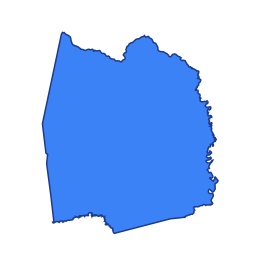 outline of Nhamatanda, Sofala, Mozambique, rotated 353°
{"feature_id": "85939544B48412147332355", "entity_name": "Nhamatanda", "entity_type": "district", "adm_level": 2, "iso_a3": "MOZ", "parent_name": "Mozambique", "parent_adm1": "Sofala", "projection": "mercator", "projection_center": [34.409, -19.305], "detail": "fine", "context": "isolated", "style": "filled", "palette": "blue", "viewbox_px": 256, "rotation_deg": 353, "n_neighbors": 0, "source": "geoboundaries", "source_scale": "gbopen_adm2", "svg_char_len": 5876}
<svg xmlns="http://www.w3.org/2000/svg" viewBox="0 0 256 256"><g transform="rotate(353 128 128)"><path d="M202.8,213.0L201.8,210.7L201.7,209.6L203.9,206.6L204.4,205.5L204.4,204.2L204.1,203.5L203.5,203.1L201.7,203.2L200.8,202.8L200.0,201.6L200.1,200.0L200.7,199.1L201.4,198.8L202.1,199.3L203.8,201.5L204.6,201.8L205.3,201.5L207.1,199.2L207.5,194.1L209.6,193.0L211.0,191.4L208.7,187.3L208.4,187.3L208.0,187.7L207.9,189.4L207.0,190.0L206.0,191.2L203.3,188.2L203.0,187.6L203.4,187.2L204.9,187.9L205.8,187.6L206.3,186.8L206.3,186.1L204.9,182.2L204.6,182.1L203.4,182.5L202.9,182.3L202.5,180.7L201.5,179.2L201.9,178.7L203.9,177.9L203.3,176.5L203.5,176.0L205.4,173.3L207.2,171.8L208.3,170.3L207.6,170.3L206.1,172.0L204.4,172.8L202.9,172.4L201.7,171.4L201.3,170.4L201.4,170.1L202.2,169.7L205.3,169.4L206.8,168.4L206.9,167.7L206.5,167.0L204.4,167.6L203.5,167.3L202.3,166.2L203.3,164.3L204.7,164.7L205.5,164.7L206.6,164.0L206.8,163.5L207.8,163.1L207.7,162.1L206.9,161.0L206.5,160.8L205.9,161.0L205.9,161.8L205.4,162.4L204.4,162.7L203.8,162.2L203.6,161.2L204.6,159.7L204.7,158.4L205.3,158.0L205.5,157.2L206.0,156.6L207.1,156.8L207.4,156.7L207.6,154.9L208.4,154.1L208.8,154.0L209.4,154.5L209.5,156.1L210.1,156.4L210.5,156.2L210.8,155.4L210.3,153.2L211.4,152.2L212.9,151.9L212.5,150.7L213.7,150.8L214.2,150.0L213.7,149.3L212.6,149.3L212.6,148.8L213.2,148.1L211.7,147.7L211.7,147.4L212.3,147.0L212.4,145.5L212.1,145.1L211.2,145.4L211.1,145.2L211.8,143.7L211.1,142.6L210.7,141.1L210.1,140.0L211.1,139.1L210.8,138.2L210.9,137.2L209.8,136.4L211.1,136.3L211.4,135.9L210.0,134.7L210.7,134.7L211.6,134.3L211.9,133.3L211.6,132.9L211.1,132.9L209.9,133.6L208.9,133.1L208.8,132.6L209.8,131.2L209.1,129.6L209.3,128.6L210.3,128.7L210.5,127.8L211.4,127.3L212.3,127.7L212.5,126.8L212.1,126.1L211.0,125.5L209.3,125.9L208.9,125.7L208.8,124.8L209.2,123.7L209.0,123.2L208.8,123.1L208.8,122.6L209.6,122.7L209.8,122.3L209.1,122.1L208.9,121.8L208.9,120.0L209.5,119.7L209.9,119.0L210.6,119.9L211.1,120.0L212.2,119.4L212.7,118.1L212.7,117.4L212.0,116.9L210.0,117.2L208.7,117.0L208.1,116.7L207.3,115.7L207.3,115.2L208.1,114.5L208.4,113.8L209.6,113.5L210.5,112.7L210.2,110.9L209.2,110.8L208.7,111.4L207.4,110.9L204.3,111.1L203.1,110.2L202.9,108.7L203.9,107.4L203.8,107.1L203.1,107.3L202.6,106.6L203.5,104.9L203.4,103.3L202.2,102.6L201.7,101.5L202.1,100.2L202.1,99.3L201.2,99.0L201.0,98.6L199.5,98.8L199.5,98.6L199.8,97.9L200.5,97.5L201.0,96.5L201.6,96.2L201.7,95.1L203.3,94.2L203.5,92.2L205.0,91.3L206.1,89.3L206.0,88.7L204.6,88.0L204.6,86.7L203.9,87.4L203.2,87.2L204.4,85.4L203.6,84.0L204.2,83.3L204.2,82.4L204.9,81.9L204.7,81.4L205.2,80.8L204.8,80.1L204.4,79.8L203.1,79.9L202.7,79.0L201.1,77.7L200.0,77.1L199.2,77.1L199.2,76.6L198.8,75.9L198.2,76.3L197.5,74.9L196.4,75.0L195.8,74.5L195.6,73.3L194.4,72.1L194.1,70.8L193.3,69.6L193.0,68.2L191.2,67.5L190.6,67.4L190.0,67.8L189.5,67.4L188.5,66.6L188.4,66.1L188.5,65.5L189.3,64.9L187.8,63.5L186.5,63.0L184.8,61.0L183.4,60.2L181.1,60.5L179.2,62.5L178.5,62.5L177.4,61.8L176.9,60.5L176.0,59.3L172.3,56.6L169.8,56.2L167.8,55.2L167.2,53.9L167.4,51.7L166.1,47.9L165.3,47.0L163.5,46.1L162.7,43.1L161.8,42.1L160.1,41.1L159.8,40.0L159.2,39.5L156.7,40.1L155.5,38.2L154.9,38.9L152.5,39.3L149.9,40.7L148.4,40.7L146.7,41.0L142.9,43.8L141.6,43.7L139.4,44.7L138.8,46.0L136.9,47.1L136.5,47.7L136.2,48.7L135.5,49.8L135.8,51.6L135.4,52.7L133.6,53.2L132.2,54.9L133.7,57.5L133.8,58.2L133.6,58.9L133.1,59.3L131.1,60.0L130.4,60.5L129.9,61.4L129.1,61.6L127.3,60.3L123.8,59.9L122.6,58.0L119.9,57.4L119.3,56.7L118.6,56.4L118.4,55.2L117.6,54.3L115.7,54.2L114.9,53.6L114.5,52.3L113.6,51.3L113.0,51.0L111.4,50.8L110.3,49.7L109.9,48.3L109.1,47.6L106.4,47.7L104.5,46.8L103.9,47.5L103.4,47.6L103.1,47.3L102.8,45.9L102.3,45.5L100.1,45.8L99.0,45.1L97.6,45.1L95.7,45.7L94.8,45.8L93.2,44.8L90.6,43.9L90.3,43.2L89.4,42.6L88.8,41.7L86.8,40.5L85.1,39.8L83.2,38.4L82.8,37.5L82.1,34.1L82.1,31.7L81.5,30.1L79.3,28.3L77.7,27.4L76.3,25.5L75.8,25.7L74.6,25.1L73.3,26.9L43.6,113.3L43.5,143.0L45.0,144.4L42.9,153.5L43.2,185.0L43.0,212.3L41.8,212.2L42.0,213.0L42.6,213.2L44.8,212.3L46.0,212.1L46.8,212.5L47.8,212.5L48.0,213.2L48.5,213.3L48.6,212.5L49.1,212.2L50.9,212.2L51.5,212.3L51.5,213.2L52.3,213.5L52.6,213.5L53.4,212.5L54.3,212.5L55.1,213.0L57.1,212.1L58.2,212.4L60.9,212.4L62.1,212.2L62.3,211.3L63.1,211.1L63.7,210.3L65.1,210.1L65.1,209.5L65.8,210.1L66.8,210.3L68.2,211.2L68.5,211.0L68.0,210.2L68.9,209.3L69.9,209.3L69.5,210.0L69.7,210.3L70.0,209.9L70.4,210.1L70.6,209.4L71.1,209.3L71.7,209.7L73.5,209.3L74.1,210.6L74.4,210.5L74.6,209.7L75.1,209.4L75.6,209.4L76.2,209.9L78.0,210.1L78.1,209.8L77.5,209.3L77.9,209.2L78.2,208.3L79.2,207.4L80.0,207.3L80.1,207.6L80.9,207.7L81.3,208.6L81.7,208.3L81.7,209.1L82.2,209.4L81.0,210.1L81.2,210.8L81.3,210.4L81.6,210.3L81.6,210.7L82.1,210.7L82.0,211.1L82.4,210.8L82.7,210.9L83.4,210.8L83.4,211.1L83.9,211.1L84.4,210.7L84.4,210.2L85.3,210.2L85.7,210.4L85.1,210.7L85.1,211.0L85.9,210.7L86.0,211.1L87.2,211.2L87.4,211.8L88.4,212.1L88.9,211.9L89.1,211.3L89.9,211.8L90.4,211.3L91.1,211.0L91.8,211.7L91.4,212.6L92.2,212.3L93.3,213.7L94.1,213.1L93.9,214.3L93.4,215.2L94.1,215.9L93.6,216.4L93.8,217.5L93.3,217.8L94.8,218.9L94.5,220.3L93.8,220.7L93.8,221.0L94.0,221.3L95.5,221.5L95.7,221.3L95.5,220.7L96.1,220.5L96.1,221.2L96.9,221.5L97.4,223.0L98.0,222.9L98.4,223.4L98.5,224.0L98.3,224.5L98.5,224.8L100.7,225.9L100.8,226.2L100.3,227.4L100.6,227.7L100.6,229.1L101.1,230.4L101.6,230.9L158.7,223.3L173.1,223.5L173.3,223.2L173.7,223.5L174.6,222.5L175.8,222.4L178.1,221.5L178.4,221.8L180.9,221.2L181.5,221.4L182.7,220.6L183.1,219.9L183.1,218.8L184.3,217.7L183.4,215.6L183.5,214.9L184.2,214.2L185.1,214.6L186.0,214.2L187.0,214.7L188.7,214.7L190.2,213.9L192.5,214.0L193.4,213.3L194.1,213.2L195.2,213.7L195.9,214.4L197.1,213.9L199.0,214.3L199.9,214.0L200.5,214.5L201.1,214.4L201.4,213.8L202.2,213.9L202.4,213.1L202.8,213.0Z" fill="#3b82f6" stroke="#1e3a8a" stroke-width="1.5"/></g></svg>